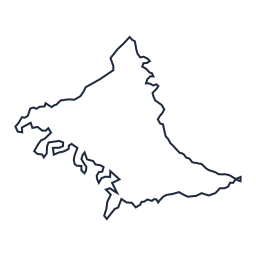 the district of Tucunduva, Rio Grande do Sul, Brazil
{"feature_id": "56859067B60578081820335", "entity_name": "Tucunduva", "entity_type": "district", "adm_level": 2, "iso_a3": "BRA", "parent_name": "Brazil", "parent_adm1": "Rio Grande do Sul", "projection": "equal_earth", "projection_center": [-54.433, -27.632], "detail": "fine", "context": "isolated", "style": "outline", "palette": "slate", "viewbox_px": 256, "rotation_deg": 0, "n_neighbors": 0, "source": "geoboundaries", "source_scale": "gbopen_adm2", "svg_char_len": 2422}
<svg xmlns="http://www.w3.org/2000/svg" viewBox="0 0 256 256"><path d="M129.7,37.0L123.2,43.9L117.5,49.3L110.5,58.1L112.0,62.3L113.3,65.9L113.4,70.1L100.0,79.2L85.7,87.2L83.6,91.5L80.3,96.3L77.0,98.2L74.4,99.7L70.1,99.4L65.9,99.6L63.5,100.2L61.1,100.2L58.9,102.1L56.3,104.7L53.9,105.4L51.6,107.1L45.6,103.2L44.6,106.4L39.5,106.8L36.3,108.8L33.6,107.5L30.2,108.6L27.8,115.9L24.7,117.7L22.0,117.2L18.1,123.5L15.4,126.5L17.7,131.6L22.2,132.3L21.9,127.5L30.7,122.8L32.4,127.9L37.7,126.9L42.1,130.6L45.7,130.7L48.3,128.2L51.0,132.6L44.9,138.6L41.0,140.4L38.6,143.6L34.2,151.1L37.2,153.8L42.2,154.5L43.8,157.4L46.7,153.5L47.1,146.1L48.6,142.5L58.9,140.9L63.1,142.4L63.0,146.1L59.5,147.7L52.9,147.9L53.8,154.7L58.8,152.5L63.6,151.5L68.6,149.0L68.9,145.6L71.6,143.9L77.4,148.0L74.6,155.4L73.8,160.0L74.7,164.2L76.8,165.7L81.4,166.0L81.4,170.4L84.5,173.3L86.0,170.6L86.4,167.1L81.4,159.2L82.6,155.2L84.6,152.4L87.0,159.3L93.2,161.1L95.5,164.5L100.1,165.2L103.6,167.0L102.3,171.6L98.9,172.1L96.7,175.6L97.0,178.8L98.8,182.9L101.5,178.2L105.3,176.7L110.1,176.9L110.3,171.1L119.5,179.4L112.1,182.9L117.1,192.9L113.7,190.9L109.9,188.2L105.9,189.6L110.8,194.6L107.3,201.8L106.4,208.8L104.2,215.7L106.8,219.0L114.6,209.0L118.2,207.5L121.4,199.0L126.7,202.5L131.8,202.8L135.8,207.4L140.2,204.7L141.6,201.8L144.1,201.7L147.4,199.5L151.9,200.9L154.1,199.1L156.5,199.5L158.1,202.5L160.0,200.0L163.3,196.6L166.7,194.9L172.4,194.0L179.0,192.1L181.8,193.8L187.8,196.7L196.0,195.9L201.7,193.2L208.8,195.5L215.4,193.1L219.9,188.3L224.6,188.2L228.2,186.5L230.1,182.7L233.0,182.9L235.9,179.0L233.5,177.7L231.0,176.1L228.8,175.0L225.0,174.2L221.8,174.4L218.4,174.1L215.5,172.3L211.9,171.1L208.8,170.1L205.9,168.2L203.7,166.0L201.5,164.0L198.9,163.6L196.6,162.9L194.3,162.8L192.0,162.0L189.5,158.6L186.0,157.5L184.3,154.9L182.2,153.3L179.9,153.0L177.0,150.0L173.5,146.1L170.3,143.1L168.0,138.8L165.7,136.3L164.7,132.4L163.9,128.5L163.0,124.3L160.2,123.6L157.8,119.4L159.8,116.0L162.6,112.7L164.2,109.3L161.7,105.0L155.1,100.3L153.6,96.8L152.5,93.0L156.6,88.8L158.4,86.0L156.3,84.3L153.2,85.5L150.7,84.0L148.4,83.3L146.0,83.4L147.3,79.4L150.3,76.3L153.4,76.4L151.9,73.3L149.5,72.4L146.3,68.9L142.2,66.6L143.4,63.2L146.9,63.0L149.8,61.1L147.5,58.6L143.5,56.7L140.2,57.4L137.5,53.6L136.2,49.0L135.5,44.6L134.7,41.1L132.2,39.9L129.7,37.0ZM235.9,179.0L238.0,180.4L240.5,181.2L240.6,177.0L235.9,179.0Z" fill="none" stroke="#1e293b" stroke-width="2"/></svg>